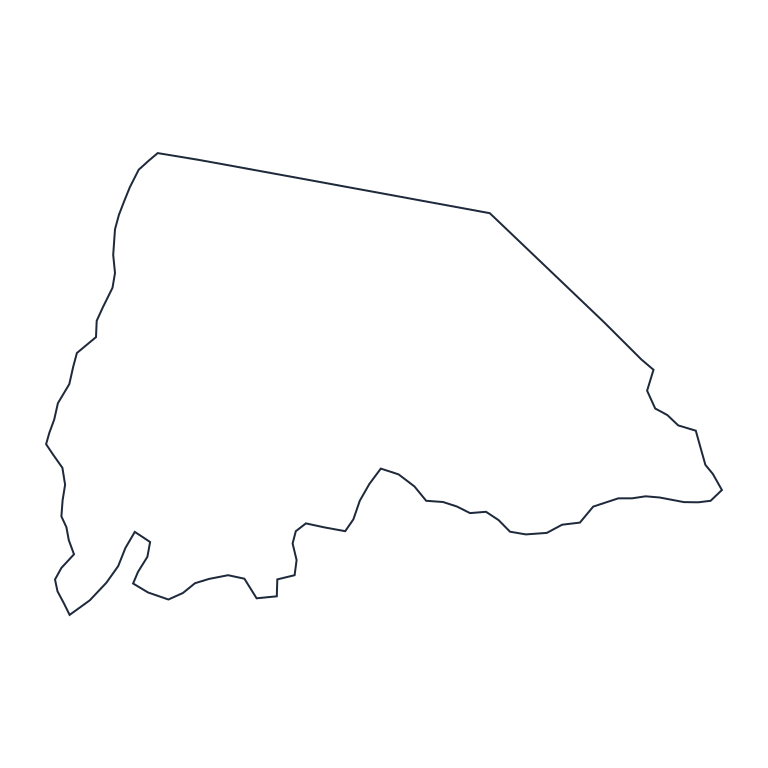 Macambira, Sergipe, Brazil
{"feature_id": "56859067B25028992461332", "entity_name": "Macambira", "entity_type": "district", "adm_level": 2, "iso_a3": "BRA", "parent_name": "Brazil", "parent_adm1": "Sergipe", "projection": "albers", "projection_center": [-37.603, -10.661], "detail": "fine", "context": "isolated", "style": "outline", "palette": "slate", "viewbox_px": 768, "rotation_deg": 0, "n_neighbors": 0, "source": "geoboundaries", "source_scale": "gbopen_adm2", "svg_char_len": 1304}
<svg xmlns="http://www.w3.org/2000/svg" viewBox="0 0 768 768"><path d="M721.9,490.0L712.8,473.9L705.4,464.9L700.2,446.5L695.8,430.7L678.2,425.4L667.4,415.1L655.2,408.5L647.1,390.7L653.5,369.8L641.4,359.5L603.9,322.1L489.8,213.2L271.9,173.2L200.0,160.1L157.7,153.1L148.8,160.6L138.7,169.7L129.8,187.3L124.1,201.4L118.9,214.9L115.0,229.3L113.2,254.9L115.0,273.0L112.5,287.8L102.9,307.2L96.7,320.8L96.0,337.1L76.9,353.0L73.2,366.8L69.3,384.1L57.9,403.2L54.2,419.6L49.3,432.9L46.1,444.2L53.0,454.5L62.4,467.8L65.1,484.7L62.6,500.3L61.4,516.4L66.4,527.2L68.8,540.2L74.0,554.3L61.4,567.9L55.0,579.5L57.5,591.3L63.9,603.3L69.6,614.9L89.8,600.3L106.4,582.7L118.2,566.1L125.4,548.0L134.8,531.9L150.1,542.0L147.4,556.8L138.0,571.9L133.1,583.5L148.1,592.5L168.4,599.5L182.9,593.0L195.0,583.2L209.1,578.9L228.1,575.2L244.4,578.7L256.6,598.3L276.8,596.3L277.3,579.4L294.6,575.2L296.6,560.1L292.6,543.5L295.8,531.2L305.9,523.4L324.5,527.4L345.2,531.2L353.4,519.3L359.8,500.7L369.4,483.9L380.8,468.6L398.6,474.4L414.4,486.4L426.2,500.8L443.0,502.0L456.9,506.5L470.0,513.1L486.0,511.8L498.6,520.1L510.0,531.7L525.8,534.4L546.8,532.9L562.1,524.7L579.9,522.6L593.2,506.6L618.4,498.3L632.3,498.3L645.6,496.3L659.7,497.5L683.9,502.1L698.2,502.3L710.6,500.8L721.9,490.0Z" fill="none" stroke="#1e293b" stroke-width="2"/></svg>